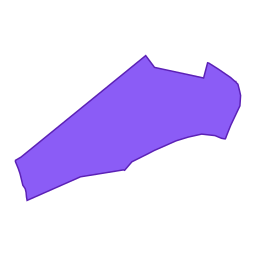 St Lawrence Estate, Anse-la-Raye, Saint Lucia
{"feature_id": "8701671B81059330414733", "entity_name": "St Lawrence Estate", "entity_type": "district", "adm_level": 2, "iso_a3": "LCA", "parent_name": "Saint Lucia", "parent_adm1": "Anse-la-Raye", "projection": "equal_earth", "projection_center": [-61.042, 13.942], "detail": "fine", "context": "isolated", "style": "filled", "palette": "violet", "viewbox_px": 256, "rotation_deg": 0, "n_neighbors": 0, "source": "geoboundaries", "source_scale": "gbopen_adm2", "svg_char_len": 690}
<svg xmlns="http://www.w3.org/2000/svg" viewBox="0 0 256 256"><path d="M235.8,81.5L234.9,81.4L230.7,77.6L218.3,69.1L208.8,63.1L207.6,62.8L206.3,67.7L203.6,78.0L154.5,67.4L145.7,55.6L21.0,157.1L15.5,160.3L15.4,161.6L16.9,165.2L18.3,168.6L19.9,173.3L20.3,174.8L22.6,184.3L22.8,185.2L25.2,188.7L26.1,192.5L26.2,193.9L26.5,197.1L27.1,200.4L80.5,176.8L123.4,169.9L124.6,170.3L131.9,161.8L150.0,152.7L154.2,150.5L175.2,141.2L176.8,140.6L188.2,137.1L201.7,134.1L215.0,135.6L221.5,138.3L224.2,138.8L225.2,138.9L225.8,137.9L226.5,135.9L228.3,131.3L230.8,125.1L233.6,119.2L239.9,105.9L240.6,95.5L239.5,90.5L237.9,84.2L236.1,82.5L235.8,81.5Z" fill="#8b5cf6" stroke="#5b21b6" stroke-width="1.5"/></svg>